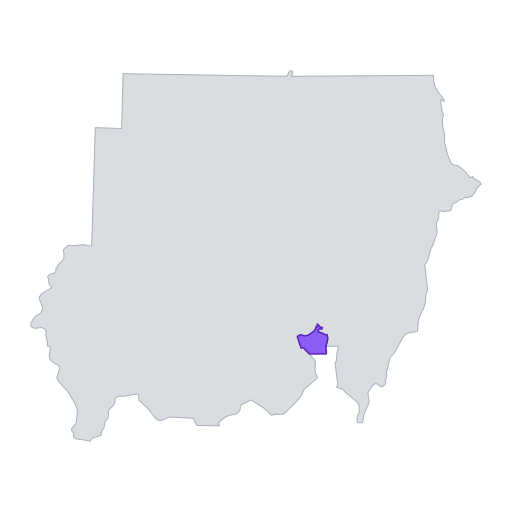 As Salam / Ar Rawat, White Nile, Sudan (highlighted)
{"feature_id": "16777658B2941917788931", "entity_name": "As Salam / Ar Rawat", "entity_type": "district", "adm_level": 2, "iso_a3": "SDN", "parent_name": "Sudan", "parent_adm1": "White Nile", "projection": "albers", "projection_center": [32.362, 12.482], "detail": "fine", "context": "in_parent", "style": "filled", "palette": "violet", "viewbox_px": 512, "rotation_deg": 0, "n_neighbors": 0, "source": "geoboundaries", "source_scale": "gbopen_adm2", "svg_char_len": 4815}
<svg xmlns="http://www.w3.org/2000/svg" viewBox="0 0 512 512"><path d="M362.7,422.6L357.6,422.7L357.0,421.4L357.1,418.1L357.7,415.6L359.5,411.6L359.0,409.4L359.3,406.2L357.9,402.7L345.6,392.5L343.2,389.7L336.6,387.2L337.8,384.3L335.0,363.3L336.3,360.9L336.7,357.2L336.7,354.0L338.2,348.6L338.4,346.3L325.4,346.2L325.3,348.5L325.9,351.1L325.9,352.1L307.8,352.2L315.0,360.5L315.4,364.0L315.0,368.5L315.1,371.4L315.5,373.3L317.4,377.0L317.3,377.7L316.8,378.5L304.0,389.5L301.8,394.6L300.1,397.2L296.4,401.7L284.6,413.4L282.6,414.1L273.7,414.5L272.8,414.8L272.1,415.3L271.7,415.2L264.1,408.3L251.3,399.9L242.7,404.1L240.3,405.7L240.2,409.7L239.0,411.7L236.6,413.9L230.3,415.2L227.0,416.3L223.1,418.5L219.2,422.2L218.9,424.2L219.3,425.9L197.5,425.5L196.0,424.1L193.0,417.9L190.7,418.2L170.9,417.1L168.0,417.7L162.3,420.1L159.4,420.5L156.5,419.3L146.4,406.8L144.1,405.3L141.8,402.4L139.6,401.0L138.9,400.1L138.7,398.8L138.8,396.1L138.1,394.4L136.5,394.0L122.4,396.5L120.4,396.1L117.5,396.5L116.5,397.0L115.2,398.6L114.9,401.9L114.5,403.5L113.4,405.4L109.3,409.4L108.4,411.2L108.4,415.7L108.1,418.0L107.4,419.0L105.7,420.7L105.0,421.7L104.1,427.5L101.8,431.0L101.3,432.2L101.1,434.8L100.7,435.5L94.3,437.4L91.9,438.6L90.3,440.5L90.0,441.3L87.3,440.5L83.8,439.9L77.2,439.1L74.5,438.1L73.3,436.6L73.9,433.1L73.2,432.4L72.2,431.7L71.5,430.1L71.7,428.3L75.4,424.3L76.2,422.2L77.4,412.0L77.2,408.9L74.7,403.0L68.6,392.9L67.2,390.9L59.5,382.5L58.6,381.3L56.8,377.7L59.2,370.3L59.4,368.2L59.0,366.0L57.0,364.3L55.2,364.1L53.0,362.0L51.5,361.0L50.2,359.2L49.3,356.7L50.3,347.8L49.9,346.6L47.9,346.2L47.5,345.5L47.6,343.8L46.7,338.7L45.6,334.5L46.4,332.2L44.8,329.0L41.7,327.5L35.3,328.3L33.4,328.0L32.0,327.4L31.2,326.2L30.7,324.8L31.2,322.8L33.2,319.1L35.5,316.1L40.2,313.4L41.4,311.9L42.2,310.3L42.4,308.4L42.1,306.4L41.7,304.5L40.5,302.0L39.4,299.1L39.4,297.1L40.0,295.8L41.3,294.1L45.9,291.0L50.6,288.5L51.4,287.5L51.2,286.4L49.1,284.1L48.6,279.7L47.6,276.6L50.0,274.4L51.7,273.7L54.5,273.1L55.5,272.1L55.9,270.3L55.9,268.6L56.9,267.3L58.3,264.6L59.4,263.4L63.0,260.2L63.8,258.1L64.1,256.1L63.4,250.0L65.5,247.5L68.1,245.4L71.8,245.7L77.6,245.4L81.5,244.7L84.3,244.8L90.6,246.1L91.3,245.7L91.7,244.1L95.3,127.7L121.2,128.5L121.6,128.3L123.1,73.7L285.6,76.3L287.0,76.1L289.5,71.0L290.6,70.7L292.3,71.0L292.8,72.2L291.5,76.3L433.4,75.3L433.7,81.6L435.0,86.5L439.2,93.6L442.6,97.4L443.9,99.5L444.0,100.5L443.9,101.4L442.8,100.3L441.1,99.7L440.9,103.0L441.8,109.8L443.4,114.6L442.4,119.1L442.7,126.6L444.7,135.6L444.4,141.4L447.6,154.8L450.7,162.3L452.3,164.1L454.1,165.0L457.6,165.6L462.7,169.3L466.8,173.3L468.3,175.3L470.3,177.6L471.7,177.2L472.5,176.5L473.8,178.4L480.3,182.3L481.3,184.1L479.0,186.0L476.4,189.2L475.2,192.2L474.5,193.1L472.5,195.0L472.1,195.9L471.2,196.5L470.2,196.6L468.0,197.6L466.1,197.4L464.1,198.0L463.4,198.7L461.8,199.3L459.7,199.7L456.4,202.2L453.5,203.5L452.5,204.5L451.1,209.5L450.0,210.8L445.7,211.1L443.6,211.5L440.7,211.0L439.3,211.1L439.0,212.2L438.5,216.5L438.6,218.3L436.3,223.2L437.2,232.3L434.9,239.1L434.6,240.7L432.3,246.1L431.1,248.1L428.3,258.3L427.1,261.4L424.7,264.7L427.6,288.9L425.6,296.4L425.7,300.5L424.3,306.5L423.2,309.3L421.3,312.6L419.6,316.4L418.3,321.3L417.5,330.7L417.0,331.5L409.3,332.8L406.9,333.5L405.2,334.5L403.3,337.0L399.4,343.6L397.3,347.6L394.1,353.2L390.4,357.1L389.6,359.0L389.0,362.5L387.6,368.1L386.4,372.1L386.7,375.3L385.5,380.9L385.7,383.6L384.4,385.1L382.6,386.5L381.4,386.9L375.9,383.2L372.1,385.8L369.7,389.4L367.9,393.0L369.0,400.7L369.0,402.4L368.4,404.2L364.9,411.8L363.8,415.2L362.7,421.2L362.7,422.6Z" fill="#d9dde1" stroke="#a8b0b8" stroke-width="1"/><path d="M309.3,353.9L311.9,353.9L312.3,353.9L312.6,353.9L312.8,353.9L313.0,353.9L314.7,353.9L318.8,353.9L326.0,353.9L326.2,353.5L326.3,353.3L326.3,352.9L326.4,352.3L326.5,352.1L326.4,351.9L326.4,351.6L326.3,351.4L326.2,351.2L326.3,350.7L326.3,350.0L326.2,349.4L326.0,348.8L325.9,348.2L325.9,347.7L326.1,347.4L326.1,346.9L326.0,346.5L325.8,346.1L325.8,345.9L326.2,345.9L326.5,343.9L327.0,342.8L327.3,340.8L327.7,339.7L327.8,339.4L327.8,338.4L327.7,337.0L327.3,336.1L327.3,335.5L327.1,334.7L326.5,334.8L325.5,334.6L324.7,334.3L321.3,332.8L320.2,332.4L318.9,332.2L318.4,332.1L318.6,331.6L318.2,330.7L318.9,329.4L320.5,328.5L321.6,329.1L321.8,329.2L322.3,327.6L322.2,327.6L320.3,327.1L319.0,325.6L318.2,324.7L317.4,324.2L317.2,325.6L317.3,326.1L316.8,327.0L316.2,326.7L316.1,327.2L314.9,329.7L313.7,331.3L308.3,335.2L307.8,335.3L304.1,335.9L302.0,335.0L299.9,334.9L298.7,335.6L297.7,336.2L297.4,336.3L297.5,336.5L297.5,337.0L297.7,338.1L298.0,338.7L298.3,339.8L298.6,340.7L298.9,341.7L299.6,343.9L300.5,346.2L300.6,346.6L301.0,348.0L303.4,347.9L306.0,350.6L308.3,352.8L308.5,353.1L308.7,353.3L308.8,353.3L309.0,353.6L309.2,353.8L309.3,353.9Z" fill="#8b5cf6" stroke="#5b21b6" stroke-width="1.5"/></svg>